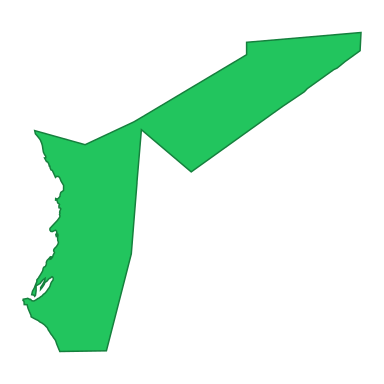 the district of Chami, Inchiri, Mauritania
{"feature_id": "47542326B60250303477597", "entity_name": "Chami", "entity_type": "district", "adm_level": 2, "iso_a3": "MRT", "parent_name": "Mauritania", "parent_adm1": "Inchiri", "projection": "robinson", "projection_center": [-16.149, 20.164], "detail": "fine", "context": "isolated", "style": "filled", "palette": "green", "viewbox_px": 384, "rotation_deg": 0, "n_neighbors": 0, "source": "geoboundaries", "source_scale": "gbopen_adm2", "svg_char_len": 2706}
<svg xmlns="http://www.w3.org/2000/svg" viewBox="0 0 384 384"><path d="M304.4,91.7L307.3,88.6L333.8,69.6L337.1,68.1L344.9,61.7L345.0,61.6L360.1,50.7L360.2,48.3L360.4,44.7L361.0,32.5L246.6,42.3L246.6,54.7L139.1,118.8L133.8,121.9L85.1,144.7L34.7,130.6L35.4,133.8L36.9,135.5L38.1,137.0L40.2,139.7L41.0,141.6L41.7,143.3L42.4,145.7L42.8,148.5L43.1,150.3L43.4,152.1L44.6,154.7L45.6,155.9L45.8,157.7L44.5,157.9L46.5,161.6L46.9,161.5L47.3,161.7L48.0,162.5L48.8,164.0L49.3,166.1L49.8,166.1L50.2,168.1L51.0,169.9L52.3,170.4L55.5,177.4L56.5,176.4L58.6,176.5L59.9,178.1L61.0,181.0L63.6,185.4L63.5,190.5L60.8,192.4L60.2,194.3L60.0,196.3L58.7,198.0L57.2,199.1L55.7,198.5L55.6,200.1L56.9,200.1L57.7,202.9L58.8,203.7L59.5,204.5L58.9,205.9L59.0,207.8L60.1,208.0L60.7,208.5L60.7,209.3L60.1,210.5L59.6,212.2L60.0,213.0L59.5,214.4L60.0,216.0L59.7,217.2L57.4,220.4L50.0,228.3L49.9,230.0L50.8,231.4L52.3,231.6L54.5,230.6L55.6,230.2L56.4,230.9L56.9,232.7L56.3,233.7L55.8,234.7L56.3,236.3L57.0,235.5L57.2,233.9L57.8,234.1L58.0,235.8L57.6,236.7L57.7,240.3L58.4,242.1L58.1,243.7L57.5,244.9L56.3,246.7L55.1,247.8L53.9,249.3L53.6,250.9L54.2,251.8L54.5,252.8L53.4,254.5L52.5,257.2L50.9,259.1L50.2,259.3L50.4,258.0L51.0,256.8L50.4,256.8L50.1,257.1L49.0,258.5L47.3,260.2L46.8,261.0L46.3,262.4L46.4,263.9L46.0,265.2L45.3,266.5L43.8,267.2L43.2,268.3L42.8,270.3L42.5,271.2L39.8,275.8L39.1,276.7L38.8,277.6L38.0,278.5L36.9,279.8L36.8,281.7L35.4,285.1L34.3,288.0L32.5,291.2L31.7,294.7L33.9,295.1L34.7,296.3L35.5,295.3L36.1,290.8L36.1,285.7L37.5,285.0L40.2,283.4L41.1,282.0L42.0,281.0L42.8,280.0L43.6,279.4L44.2,278.9L45.1,278.3L44.9,279.6L44.4,281.3L44.0,281.9L42.6,284.5L41.4,286.3L40.6,287.6L40.7,288.4L40.6,289.4L42.0,287.7L43.5,285.5L44.2,284.4L45.0,282.4L46.9,281.2L47.5,280.5L48.5,279.2L49.5,278.4L50.4,278.0L51.0,277.6L51.4,277.1L51.9,276.7L52.5,276.9L53.1,277.9L53.3,279.0L53.0,279.8L52.9,280.3L51.9,281.5L51.2,282.6L50.6,284.1L50.1,286.0L49.4,287.4L48.0,289.2L47.1,290.6L46.3,291.7L45.0,293.2L43.3,294.4L42.2,295.8L40.3,297.0L39.9,297.5L39.3,297.8L38.8,298.2L37.7,298.6L36.6,299.5L34.3,300.8L33.3,301.0L31.8,300.7L30.5,299.3L29.6,299.5L29.2,299.0L27.7,298.3L27.2,298.5L23.9,299.1L23.2,299.2L23.0,300.5L24.0,301.3L24.2,304.6L27.1,304.7L27.5,306.3L28.1,308.5L29.3,311.4L29.8,312.6L31.0,315.4L31.1,316.8L34.3,318.6L35.7,319.3L38.3,320.6L39.5,321.7L40.3,322.2L41.9,323.0L43.0,323.8L44.5,324.9L46.0,326.5L47.2,327.6L48.6,330.5L49.5,331.6L50.1,332.7L51.1,334.3L52.3,335.7L53.7,337.9L55.1,339.7L55.9,341.4L56.6,343.7L59.0,349.6L59.3,350.1L59.7,351.3L59.8,351.5L106.4,350.8L131.3,253.9L134.3,216.2L137.0,182.9L136.9,182.8L141.4,129.7L191.2,171.9L272.5,113.6L282.6,106.4L304.4,91.7Z" fill="#22c55e" stroke="#15803d" stroke-width="1.5"/></svg>